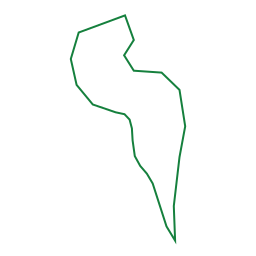 SVG path tracing the border of Tarrafal de São Nicolau
{"feature_id": "CPV-5058", "entity_name": "Tarrafal de São Nicolau", "entity_type": "state/province", "adm_level": 1, "iso_a3": "CPV", "parent_name": "Cabo Verde", "parent_adm1": "", "projection": "natural_earth1", "projection_center": [-24.363, 16.58], "detail": "fine", "context": "isolated", "style": "outline", "palette": "green", "viewbox_px": 256, "rotation_deg": 0, "n_neighbors": 0, "source": "natural_earth", "source_scale": "10m", "svg_char_len": 414}
<svg xmlns="http://www.w3.org/2000/svg" viewBox="0 0 256 256"><path d="M175.1,240.6L166.5,226.4L152.7,183.5L146.9,173.7L140.2,165.9L134.8,156.1L132.6,140.4L131.9,128.4L129.6,119.6L124.5,114.2L115.6,112.3L92.8,104.5L76.6,84.9L70.8,59.0L78.7,32.5L125.0,15.4L133.8,40.0L124.1,55.3L133.8,70.7L161.6,72.6L179.5,89.9L185.2,126.3L179.5,157.1L173.8,206.0L175.1,240.6Z" fill="none" stroke="#15803d" stroke-width="2"/></svg>